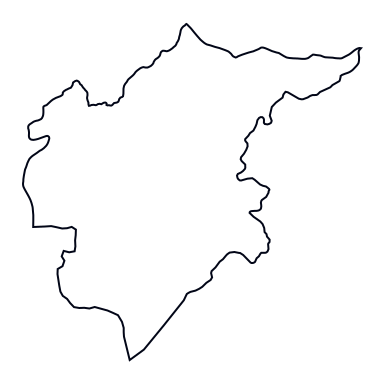 Sherzhong, Geylegphug, Bhutan
{"feature_id": "84629894B44966098423273", "entity_name": "Sherzhong", "entity_type": "district", "adm_level": 2, "iso_a3": "BTN", "parent_name": "Bhutan", "parent_adm1": "Geylegphug", "projection": "mercator", "projection_center": [90.569, 26.924], "detail": "fine", "context": "isolated", "style": "outline", "palette": "ink", "viewbox_px": 384, "rotation_deg": 0, "n_neighbors": 0, "source": "geoboundaries", "source_scale": "gbopen_adm2", "svg_char_len": 5740}
<svg xmlns="http://www.w3.org/2000/svg" viewBox="0 0 384 384"><path d="M129.7,360.0L143.9,349.6L164.0,325.1L183.8,300.3L186.8,294.0L188.3,293.0L190.4,291.9L195.5,290.6L199.2,288.8L202.3,286.8L206.4,282.8L210.6,280.0L212.1,277.4L211.1,273.1L211.6,271.1L215.5,267.4L219.7,261.7L223.0,259.2L225.9,255.7L227.2,254.3L229.6,252.6L234.4,252.0L238.9,252.9L240.1,253.0L243.2,255.0L250.5,262.5L251.4,263.0L252.8,263.0L253.8,262.7L255.0,261.9L255.6,260.6L256.1,259.4L256.7,258.2L258.9,256.3L260.4,253.7L261.3,252.8L265.2,252.8L266.3,252.5L267.5,251.5L268.5,249.1L268.1,244.1L268.4,243.3L269.4,242.3L269.6,241.2L269.6,239.6L267.0,236.6L266.5,234.1L264.6,232.1L264.2,228.0L262.6,224.1L260.3,221.5L253.6,216.8L249.6,212.9L249.8,212.0L250.5,211.4L251.7,211.1L254.3,210.9L256.2,210.9L258.1,210.6L259.4,210.1L260.6,209.1L261.0,208.3L261.3,206.5L261.2,204.9L260.9,202.7L261.3,200.9L261.9,200.0L266.2,196.9L268.5,192.7L268.6,191.3L269.4,189.8L269.1,189.0L267.5,187.6L266.0,186.5L263.0,185.8L260.1,184.5L254.6,179.7L252.3,178.2L247.4,178.7L241.1,180.5L239.8,180.4L238.3,179.2L237.5,177.9L237.0,175.6L237.8,174.0L241.0,172.5L243.0,171.0L244.9,168.9L245.3,167.8L245.2,164.5L241.7,161.1L240.7,159.3L240.9,158.1L241.1,157.2L244.0,153.7L246.3,149.7L247.6,146.3L247.4,143.4L245.6,141.3L245.1,140.2L245.2,139.1L248.4,135.7L250.0,133.1L253.4,130.6L255.5,126.6L256.6,123.9L257.4,120.2L259.1,117.9L260.7,117.1L262.4,117.2L263.6,118.4L264.0,119.8L263.9,122.8L264.8,124.0L267.5,124.4L269.5,123.8L271.1,122.7L271.7,120.8L269.8,115.7L271.8,107.0L275.9,102.6L282.6,97.6L283.4,94.5L285.5,91.8L287.8,92.3L298.8,98.7L301.5,99.3L303.1,99.2L307.7,97.5L310.2,95.9L312.4,95.1L316.2,95.0L317.5,94.5L320.0,92.0L330.3,87.3L331.5,86.1L332.4,85.1L339.4,81.1L339.9,80.0L340.3,78.1L340.6,77.0L340.6,76.0L341.9,75.0L344.9,73.8L347.6,72.9L348.6,72.5L349.6,72.0L350.5,71.5L352.2,70.3L353.2,69.4L356.4,66.0L357.4,64.8L358.4,63.3L358.7,62.3L359.0,60.6L359.1,57.1L358.6,53.0L358.6,51.9L359.0,50.5L361.0,48.2L359.4,48.0L358.3,48.3L357.2,48.7L356.1,49.3L355.1,49.9L354.1,50.6L351.4,52.8L349.5,54.2L348.5,54.8L342.1,58.1L341.0,58.4L339.8,58.4L337.5,58.3L335.1,58.1L332.8,57.7L325.7,57.3L324.5,57.1L322.3,56.3L321.2,55.8L320.1,55.5L316.6,55.1L314.2,54.7L313.0,54.6L311.1,55.9L309.2,57.3L308.2,58.0L307.1,58.4L305.9,58.7L304.7,58.9L303.6,58.9L302.4,58.9L297.7,58.5L292.9,58.3L291.8,58.2L289.4,58.0L287.1,57.6L286.0,57.2L284.9,56.6L283.9,56.1L278.8,53.0L276.5,52.5L274.3,51.8L272.0,51.1L267.7,49.2L265.5,48.3L264.3,47.9L263.2,47.6L262.0,47.5L260.9,47.7L258.8,49.0L256.7,49.9L254.5,50.8L253.4,51.3L252.2,51.6L248.8,52.5L245.4,53.6L242.1,54.7L238.8,56.0L237.7,56.5L236.7,57.2L235.6,57.5L234.5,57.0L233.4,56.5L232.5,55.7L231.1,53.8L230.2,53.0L229.3,52.2L228.4,51.5L227.3,51.0L225.1,50.1L219.6,48.1L215.0,46.9L210.5,45.4L207.0,44.5L206.0,44.0L205.0,43.4L204.0,42.7L202.2,41.2L200.4,39.6L199.6,38.7L197.3,36.1L194.2,32.4L191.2,28.7L190.4,27.8L187.9,25.3L187.3,24.6L186.4,24.0L185.6,24.5L185.1,25.3L183.4,26.4L182.7,27.1L181.7,28.3L181.0,29.7L180.7,30.6L180.5,31.7L180.3,32.8L179.8,35.2L179.4,36.3L179.1,37.6L178.9,38.9L178.1,40.8L176.6,43.2L176.3,44.3L175.4,45.7L173.4,47.3L172.5,48.2L169.8,50.1L168.6,50.7L167.1,51.2L166.2,51.2L165.0,50.9L163.0,50.7L162.0,51.2L161.0,52.1L160.6,53.0L160.1,54.9L159.6,56.0L158.8,56.9L157.7,57.9L155.7,59.2L155.0,59.9L154.2,61.1L153.7,62.0L153.3,63.3L152.4,64.5L150.9,65.9L148.4,67.2L147.1,67.6L146.2,67.5L145.3,67.5L143.4,67.1L142.5,67.3L141.4,67.7L140.2,68.3L137.1,70.6L135.6,72.0L134.2,74.0L133.1,75.2L132.1,76.1L128.6,79.1L127.7,80.2L127.0,81.6L125.1,84.0L124.1,85.8L123.5,88.6L123.4,93.9L123.0,96.3L122.1,97.0L120.4,97.6L119.2,99.1L118.8,100.6L118.3,101.7L117.0,102.5L116.1,102.7L114.9,102.9L114.0,103.1L112.3,105.0L111.5,105.5L110.0,105.5L109.0,105.2L107.5,105.4L106.5,105.0L106.6,103.5L106.0,102.8L105.2,102.5L103.6,102.8L101.3,104.2L99.7,103.8L97.9,104.1L97.0,104.7L95.9,105.2L93.5,104.8L91.5,105.0L89.9,105.7L88.9,105.8L88.5,104.5L88.4,102.5L87.6,100.5L87.1,98.5L87.1,97.4L87.5,95.1L87.4,93.0L87.1,92.2L86.1,90.9L85.3,90.2L84.3,88.8L83.3,87.8L82.3,86.4L81.7,85.3L80.2,84.2L79.0,81.9L77.6,80.9L76.7,80.6L75.1,81.1L73.1,82.5L72.7,84.3L72.5,85.2L70.9,87.7L68.8,88.5L66.9,89.5L66.1,89.8L64.1,91.1L63.4,91.8L62.8,92.7L62.8,93.9L62.4,94.9L61.4,95.6L60.4,96.2L59.3,96.6L55.9,97.9L53.9,99.0L52.8,99.6L51.9,100.3L51.0,101.0L46.6,105.1L44.4,105.9L43.5,106.6L43.3,107.8L43.4,110.2L43.4,112.6L43.3,113.8L43.2,114.9L42.9,116.1L42.4,117.2L41.9,118.2L41.0,119.1L38.9,120.1L37.8,120.5L36.6,120.7L35.5,121.0L34.3,121.4L33.3,121.9L32.3,122.6L31.3,123.3L30.3,123.9L29.4,124.6L28.6,125.5L28.2,126.6L28.2,128.4L28.7,129.9L29.0,132.2L29.0,133.4L28.9,135.8L29.0,137.0L29.4,138.1L30.2,139.0L31.2,139.6L32.4,139.8L33.5,139.9L34.7,139.7L35.9,139.5L38.2,138.9L40.4,138.1L46.0,136.1L47.1,135.9L48.2,136.2L49.0,137.0L49.3,138.2L49.1,139.3L48.4,141.6L48.0,142.7L47.5,143.8L46.9,144.8L46.2,145.8L44.5,147.5L43.7,148.3L42.7,149.0L41.8,149.7L40.7,150.3L39.7,150.8L36.9,152.9L32.9,155.6L32.0,156.3L31.1,157.1L29.5,158.8L28.4,160.9L27.4,163.1L26.3,166.5L25.9,167.6L25.4,168.7L25.0,169.8L23.9,175.6L23.4,179.1L23.3,181.5L23.1,182.7L23.0,183.9L23.1,185.1L23.3,186.2L23.7,187.3L24.8,189.5L28.3,195.7L29.4,197.8L30.4,199.9L30.8,201.0L31.2,202.1L31.6,203.3L32.5,206.7L32.7,208.0L32.9,210.4L33.1,212.8L33.3,215.1L33.3,219.9L33.2,227.0L45.1,226.5L51.2,226.1L56.5,227.2L62.2,228.5L67.1,228.2L71.7,226.9L75.9,229.6L75.7,235.2L75.1,240.3L75.4,246.4L74.6,251.3L69.2,252.3L63.7,250.9L61.7,256.4L64.4,260.7L62.5,266.2L57.7,269.0L57.5,274.1L59.3,285.8L60.4,291.6L62.8,295.9L67.1,298.9L70.1,303.0L74.0,307.1L79.3,308.0L84.2,307.8L89.4,308.5L94.7,307.0L107.5,310.5L112.8,312.8L118.0,315.2L122.0,321.9L123.7,327.9L123.7,332.2L123.9,335.4L124.0,336.7L129.7,360.0Z" fill="none" stroke="#020617" stroke-width="2"/></svg>